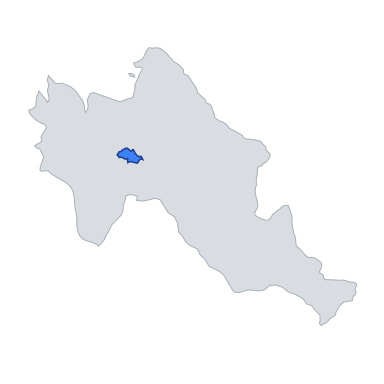 location of Sinyang, P'yŏngan-namdo, North Korea, rotated 83°
{"feature_id": "82179303B23592668869801", "entity_name": "Sinyang", "entity_type": "district", "adm_level": 2, "iso_a3": "PRK", "parent_name": "North Korea", "parent_adm1": "P'yŏngan-namdo", "projection": "robinson", "projection_center": [126.57, 39.355], "detail": "fine", "context": "in_parent", "style": "filled", "palette": "blue", "viewbox_px": 384, "rotation_deg": 83, "n_neighbors": 0, "source": "geoboundaries", "source_scale": "gbopen_adm2", "svg_char_len": 4309}
<svg xmlns="http://www.w3.org/2000/svg" viewBox="0 0 384 384"><g transform="rotate(83 192 192)"><path d="M234.3,291.7L232.6,292.6L229.8,297.4L227.1,303.6L224.6,307.0L221.6,308.8L218.4,309.9L212.0,310.4L206.3,309.9L204.4,309.3L196.5,309.7L194.3,310.1L182.9,309.6L177.0,310.1L173.2,311.3L169.4,313.8L166.1,317.6L163.2,321.6L157.3,329.0L153.1,332.5L153.1,337.7L153.0,339.3L151.5,340.4L151.0,339.9L148.6,339.5L138.9,334.8L131.0,337.7L128.9,341.4L126.8,342.6L123.7,335.3L118.5,335.0L110.3,328.6L106.7,329.9L105.8,332.5L101.3,338.4L95.0,343.3L92.9,344.0L90.6,343.7L90.9,342.3L88.4,336.8L78.4,334.6L74.9,332.2L73.1,331.7L82.8,325.6L85.4,324.5L83.5,323.0L81.4,322.3L73.4,323.2L69.2,321.2L63.1,321.9L58.9,320.3L67.7,314.2L68.1,310.7L68.0,308.0L72.5,300.0L77.0,295.5L88.6,289.2L93.6,288.4L97.2,288.6L100.2,288.0L97.1,285.6L94.0,284.5L88.1,284.8L81.9,281.1L81.4,277.3L93.5,253.2L93.6,251.0L91.8,245.2L91.2,239.4L82.7,236.1L78.9,235.7L67.9,229.3L63.6,226.0L61.9,227.0L61.5,232.2L59.9,233.3L57.0,234.3L55.6,228.4L53.3,224.2L46.1,219.8L43.5,217.4L44.8,212.3L44.2,211.8L45.4,206.1L49.9,201.6L60.9,193.7L63.7,190.0L69.3,185.7L71.8,185.8L74.3,185.4L75.1,183.5L75.7,182.0L78.0,180.6L83.3,178.2L89.4,175.1L94.2,174.2L100.1,169.4L102.5,167.3L105.0,167.3L105.6,166.4L107.0,163.9L108.9,162.3L111.5,162.0L115.8,160.8L121.2,160.1L124.8,156.1L126.1,153.3L128.5,150.2L133.6,146.8L137.1,141.7L141.0,136.2L142.9,134.5L144.7,134.1L145.8,132.1L147.1,126.2L148.9,120.6L149.9,117.9L154.4,115.0L155.6,113.5L156.6,113.1L158.7,113.5L161.4,111.7L164.1,109.8L166.5,110.5L168.9,112.1L171.5,115.2L172.6,117.7L174.6,119.8L175.0,122.8L177.0,124.2L181.3,124.8L188.3,126.9L192.8,127.0L195.4,128.6L200.9,129.4L211.7,128.2L216.1,128.9L218.0,130.8L220.7,132.3L222.5,132.4L224.9,129.8L227.4,125.6L229.1,122.4L229.0,119.8L227.5,117.1L223.9,114.5L221.5,110.5L219.3,106.4L218.0,105.1L216.9,103.1L216.6,100.1L217.4,98.0L222.8,96.6L229.7,95.8L235.2,96.7L244.6,96.1L250.3,94.9L254.5,95.1L258.4,95.1L260.1,93.3L265.5,89.1L268.1,87.6L271.0,84.7L271.4,81.8L272.0,79.3L273.6,76.7L276.4,73.6L278.8,72.1L281.5,72.3L284.4,73.7L286.2,75.2L288.2,74.8L289.9,72.3L291.0,71.8L294.3,71.6L295.3,70.0L296.4,62.6L297.6,56.8L297.8,52.7L300.6,46.0L301.4,41.9L303.1,40.0L305.1,40.2L306.8,41.3L308.9,42.0L311.7,41.4L313.7,42.4L315.0,44.6L319.1,46.1L319.5,47.2L319.6,54.5L321.9,58.0L325.0,61.1L329.2,63.9L331.4,64.5L332.8,66.6L334.1,70.0L337.2,73.4L338.8,75.9L339.1,78.5L340.5,79.9L338.2,81.5L335.0,80.5L329.8,80.0L323.2,85.0L319.6,86.8L317.1,91.7L311.9,94.7L309.1,97.8L305.5,103.2L303.1,108.4L297.6,113.8L294.4,120.5L294.3,126.3L298.0,132.2L298.4,137.2L296.0,147.6L297.6,158.5L296.1,162.8L278.9,170.4L274.4,174.1L268.1,183.9L260.4,187.5L255.6,191.5L249.0,193.8L244.8,200.7L240.1,204.6L234.6,206.9L230.4,210.0L221.0,210.2L214.5,212.3L209.8,218.1L195.7,224.7L193.8,229.6L194.7,237.3L194.8,243.2L193.6,248.1L190.5,246.7L188.9,248.3L187.0,252.8L187.6,257.9L192.4,259.5L196.4,261.6L202.0,262.7L206.2,265.0L215.0,275.8L222.2,280.5L224.1,282.3L228.3,284.6L232.1,288.3L234.3,291.7ZM69.6,238.9L67.0,240.5L66.9,237.6L68.9,235.1L71.1,234.7L69.6,238.9Z" fill="#d9dde1" stroke="#a8b0b8" stroke-width="1"/><path d="M148.2,260.4L148.6,260.1L148.9,260.0L148.9,259.5L148.8,258.5L149.0,257.8L149.4,256.7L150.1,255.9L150.8,255.0L151.2,254.3L151.3,253.7L151.0,252.9L151.0,252.5L151.2,251.8L152.4,252.0L153.2,252.2L154.0,252.2L154.6,252.0L155.0,252.0L154.8,251.7L154.6,251.4L154.4,250.8L154.4,250.0L154.4,249.3L154.7,248.3L155.2,246.8L155.3,246.5L156.5,243.5L156.6,243.2L156.6,242.8L156.5,242.5L156.2,242.2L156.0,241.9L155.7,241.7L155.0,241.3L154.1,240.5L153.6,239.9L153.3,239.3L153.2,238.6L153.2,237.9L153.4,237.3L153.7,236.9L152.7,237.2L151.4,237.8L150.4,238.1L150.4,238.3L150.5,239.2L150.4,239.9L150.2,240.6L149.7,241.7L147.4,243.2L147.2,243.3L146.2,243.9L145.2,244.1L144.6,244.4L143.8,244.8L142.9,245.0L142.7,245.6L143.2,246.2L143.5,246.8L144.0,247.6L143.8,248.2L143.3,248.7L142.6,249.0L141.9,249.6L141.2,250.4L140.7,250.9L140.5,251.7L140.5,252.3L140.7,252.9L140.8,253.5L141.3,254.3L141.7,254.8L141.7,255.1L141.9,255.7L142.0,256.3L142.0,256.5L142.5,256.8L142.8,257.1L143.1,257.7L143.2,258.2L143.2,258.8L143.4,259.5L143.5,259.8L143.8,260.1L144.5,260.2L145.1,260.9L145.4,261.3L146.1,261.8L146.6,261.5L147.1,261.0L147.7,260.4L148.2,260.4Z" fill="#3b82f6" stroke="#1e3a8a" stroke-width="1.5"/></g></svg>